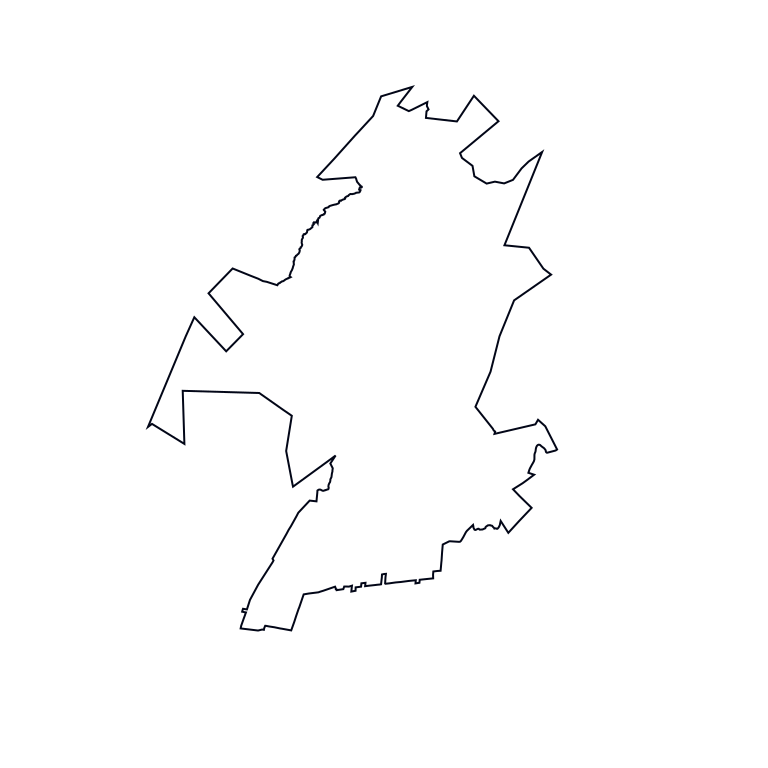 outline of Peñón Blanco, Durango, Mexico, rotated 40°
{"feature_id": "50627088B91446374874512", "entity_name": "Peñón Blanco", "entity_type": "district", "adm_level": 2, "iso_a3": "MEX", "parent_name": "Mexico", "parent_adm1": "Durango", "projection": "equal_earth", "projection_center": [-104.068, 24.769], "detail": "fine", "context": "isolated", "style": "outline", "palette": "ink", "viewbox_px": 768, "rotation_deg": 40, "n_neighbors": 0, "source": "geoboundaries", "source_scale": "gbopen_adm2", "svg_char_len": 6093}
<svg xmlns="http://www.w3.org/2000/svg" viewBox="0 0 768 768"><g transform="rotate(40 384 384)"><path d="M432.0,193.2L407.5,186.4L387.1,200.3L356.0,104.6L351.8,120.6L350.8,130.4L351.6,144.7L347.1,153.1L338.9,157.7L333.8,164.5L319.7,166.8L311.6,160.0L298.4,160.7L293.9,158.3L302.8,109.1L267.6,105.4L271.1,136.0L245.1,153.2L241.3,147.8L241.6,145.0L238.2,143.5L237.2,142.2L236.0,140.2L228.9,156.4L227.6,159.0L215.7,162.0L215.4,156.8L214.7,138.2L196.9,165.5L203.4,185.7L202.3,208.7L202.1,212.3L201.1,243.2L199.8,268.4L205.7,267.0L229.2,244.0L230.8,244.7L231.6,245.3L233.4,246.4L237.2,247.1L237.5,247.2L238.0,247.1L238.6,247.6L238.8,247.4L239.3,247.2L240.1,247.1L240.5,247.6L240.4,248.0L240.1,248.2L239.7,248.9L239.4,249.3L239.3,249.5L240.0,251.1L241.2,250.8L241.4,250.6L241.6,250.8L242.0,252.7L241.8,253.3L239.7,255.4L239.6,256.0L238.6,257.8L238.1,258.2L237.6,259.0L236.9,259.5L236.5,259.7L236.1,260.1L235.9,260.7L235.7,261.5L235.6,262.1L235.6,262.5L235.7,262.9L235.3,263.6L234.9,264.2L234.7,264.8L234.5,265.6L234.4,266.6L234.5,266.9L235.0,266.9L235.1,267.3L234.6,268.3L233.8,269.4L233.7,269.8L233.4,270.5L233.3,271.3L233.1,271.5L232.6,271.5L232.4,271.7L232.2,272.5L232.2,272.9L232.4,273.3L233.0,273.8L233.1,274.1L233.0,275.0L232.5,275.9L231.8,277.3L231.6,277.5L231.4,277.6L230.2,279.2L229.5,280.2L228.0,282.5L227.8,283.1L227.7,283.7L227.9,284.2L226.1,286.9L225.9,287.7L226.0,288.1L225.8,289.2L226.0,289.4L228.2,289.7L228.3,289.8L228.5,290.3L228.9,291.1L229.1,291.8L228.7,292.5L228.9,293.0L228.4,293.6L228.4,293.8L228.3,294.1L227.9,294.4L227.3,295.7L227.1,296.1L227.1,296.3L227.2,296.5L227.7,298.0L227.6,298.4L227.3,298.8L227.2,299.4L229.7,303.2L227.8,302.3L228.1,304.0L227.4,304.6L226.4,305.1L226.4,305.9L226.4,306.1L226.6,306.3L226.8,306.6L227.1,306.7L227.5,306.7L227.5,307.8L227.5,308.1L227.3,308.3L227.2,308.5L227.8,309.3L228.3,309.8L228.3,310.2L228.1,311.0L227.8,312.9L227.2,314.0L226.9,314.5L226.5,314.8L226.3,315.2L226.4,315.6L227.2,316.7L227.6,317.6L227.4,318.6L227.4,319.7L226.9,320.0L226.9,320.4L226.4,320.7L226.2,320.9L226.3,321.3L226.6,322.1L226.6,323.0L227.5,323.6L227.9,324.1L228.1,325.5L228.4,326.5L228.7,326.9L229.2,327.3L229.7,328.2L230.0,328.6L231.0,329.4L231.9,329.9L232.1,330.3L232.4,331.3L232.5,332.1L232.3,332.9L232.7,333.3L232.7,334.0L232.4,334.7L232.7,335.4L233.7,335.9L234.2,336.8L234.6,337.8L234.8,339.3L234.5,340.3L234.5,340.9L234.5,341.6L234.1,342.4L234.4,343.0L234.3,343.5L234.4,344.1L234.2,344.6L234.8,345.3L235.4,346.1L235.6,346.7L235.9,347.1L236.0,347.5L235.9,348.0L236.2,348.3L236.2,348.6L236.5,348.8L236.8,349.0L237.1,349.2L237.3,349.6L238.1,350.3L238.9,352.5L239.1,352.9L239.2,353.2L239.6,353.9L239.9,354.9L240.2,355.7L240.6,357.9L240.9,358.9L241.3,359.5L241.5,360.4L241.8,361.0L241.9,361.3L242.2,361.9L242.6,362.2L243.8,362.1L243.2,363.5L242.5,364.4L242.6,364.9L242.0,365.8L241.5,366.9L241.1,368.2L241.1,368.5L240.9,369.3L240.5,370.3L239.9,370.9L239.8,371.6L239.5,372.2L239.4,372.7L239.2,373.1L239.3,373.6L238.8,374.5L238.6,374.6L238.5,375.1L238.8,376.9L228.5,381.1L225.1,383.0L220.0,384.2L212.6,386.7L193.8,392.8L191.3,427.3L244.0,436.4L242.1,460.4L195.8,454.8L201.5,475.0L230.8,568.6L231.9,563.7L269.6,558.2L234.2,518.6L294.2,471.1L323.5,468.6L333.8,467.6L352.1,498.2L378.7,519.9L380.3,521.1L390.6,479.5L392.9,469.9L394.0,479.4L398.9,481.5L400.1,483.4L400.7,484.1L401.6,486.0L403.6,489.1L404.2,491.5L405.0,492.5L405.7,493.8L405.9,495.3L406.5,497.1L407.5,498.5L408.0,498.7L408.5,499.3L408.9,500.1L408.8,500.8L408.2,501.5L407.5,502.9L407.2,503.0L406.8,503.9L406.0,505.0L405.0,505.4L403.5,505.7L402.8,506.0L402.0,506.8L401.7,507.5L401.5,508.4L402.9,510.3L407.7,517.3L402.0,521.1L401.1,537.7L401.9,541.3L404.1,552.7L404.7,557.0L405.6,561.2L410.9,589.5L412.8,590.2L413.2,592.1L416.6,618.6L420.1,635.5L423.9,644.8L420.5,646.8L420.8,647.6L421.7,649.6L423.4,648.7L425.1,647.7L425.5,648.9L426.3,651.0L427.4,654.1L427.9,655.4L430.0,661.0L431.3,663.4L446.0,653.8L448.5,650.4L450.0,649.5L449.2,648.1L448.4,645.6L448.9,645.2L451.8,643.6L456.4,640.8L461.6,638.0L462.9,637.2L471.3,632.4L468.2,624.0L465.8,618.1L463.1,611.1L462.7,609.7L460.3,603.5L457.7,596.8L461.1,592.8L467.7,585.7L468.5,584.3L470.5,581.2L476.8,570.7L477.8,571.2L479.0,572.2L479.5,571.8L479.8,571.8L480.3,572.3L484.7,567.3L483.7,564.7L487.4,561.7L489.1,559.1L490.2,560.8L492.4,564.0L495.1,560.7L493.0,558.0L496.7,554.0L494.8,551.2L497.6,548.2L499.5,551.0L502.3,548.0L506.8,543.3L507.7,542.3L509.6,540.4L510.5,539.3L508.6,536.5L506.7,533.6L504.9,531.2L506.2,529.5L507.5,528.2L509.3,531.0L511.3,533.7L513.1,536.1L513.5,536.1L516.2,533.3L518.7,530.5L520.6,528.4L524.2,524.8L529.7,518.8L534.5,513.9L536.3,516.5L538.9,513.5L537.2,511.0L542.7,505.3L546.6,501.3L544.2,498.6L542.3,495.9L545.0,493.0L547.4,490.7L545.4,487.8L542.6,483.8L541.6,482.3L536.7,475.6L532.2,469.2L535.1,462.6L535.7,462.0L542.9,456.7L543.6,456.0L543.8,454.7L543.2,450.5L542.0,444.9L541.9,443.1L542.8,434.7L544.1,435.7L544.4,436.2L545.6,436.9L546.2,437.1L546.9,437.4L547.7,437.2L548.2,436.5L548.5,435.7L548.9,434.8L549.2,434.3L549.7,434.0L550.3,434.1L551.0,434.0L553.1,432.0L553.4,431.1L553.9,430.3L554.3,429.4L553.8,428.3L553.9,427.4L554.5,425.4L555.3,424.7L555.5,424.4L556.1,423.9L557.0,423.7L557.5,423.3L558.0,423.1L559.2,423.4L560.9,423.5L561.5,423.8L562.1,423.0L562.7,422.6L563.7,422.3L564.0,421.6L564.0,420.4L563.9,419.6L563.5,418.0L563.2,417.2L562.7,416.4L561.4,413.9L574.9,418.1L575.6,401.9L576.7,384.0L559.6,382.7L550.5,381.7L554.0,370.8L555.3,365.6L557.3,357.0L551.7,359.2L550.4,356.0L550.0,354.6L549.1,350.2L549.0,349.4L548.5,346.9L547.7,345.1L545.9,342.9L544.9,341.7L544.5,341.1L544.1,340.3L543.6,338.7L543.2,337.9L542.0,336.1L541.4,334.9L541.1,334.0L540.9,333.0L541.0,332.1L541.1,331.7L541.4,331.2L541.7,330.9L542.5,330.5L542.8,330.4L544.8,330.5L547.8,330.3L548.5,330.4L549.5,330.6L550.3,330.8L550.7,331.1L551.4,331.7L552.0,332.0L552.7,332.0L553.0,331.9L553.3,331.6L557.9,325.1L558.2,324.6L558.4,324.1L558.7,322.9L534.7,312.7L525.0,312.4L525.9,317.6L500.7,351.2L499.7,349.0L498.0,349.1L496.1,348.3L468.7,342.7L457.7,306.1L441.8,273.2L429.9,236.3L441.7,192.8L432.0,193.2Z" fill="none" stroke="#020617" stroke-width="2"/></g></svg>